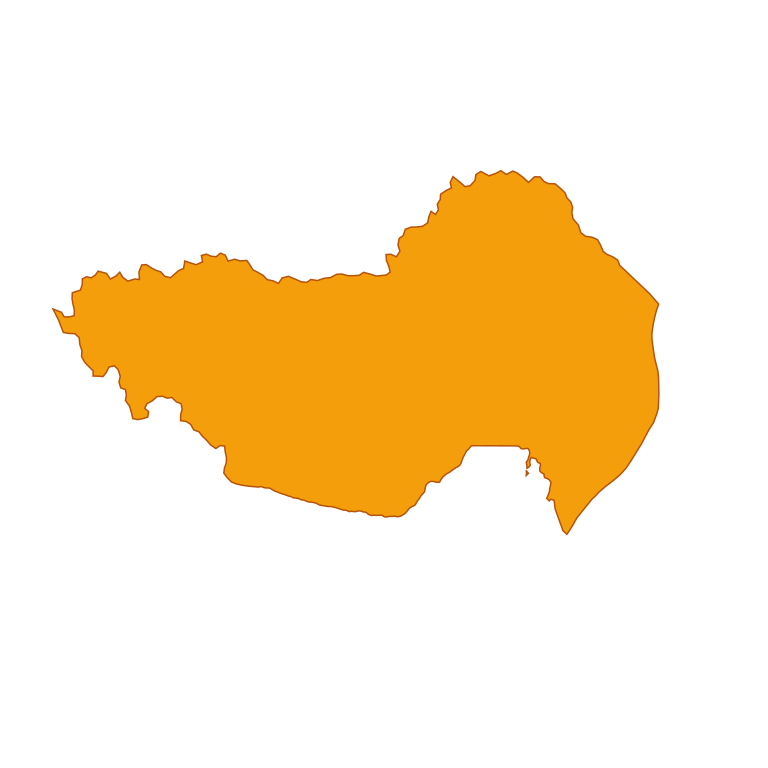 Silves, Amazonas, Brazil, rotated 340°
{"feature_id": "56859067B7747492242143", "entity_name": "Silves", "entity_type": "district", "adm_level": 2, "iso_a3": "BRA", "parent_name": "Brazil", "parent_adm1": "Amazonas", "projection": "natural_earth1", "projection_center": [-58.603, -2.851], "detail": "fine", "context": "isolated", "style": "filled", "palette": "amber", "viewbox_px": 768, "rotation_deg": 340, "n_neighbors": 0, "source": "geoboundaries", "source_scale": "gbopen_adm2", "svg_char_len": 4887}
<svg xmlns="http://www.w3.org/2000/svg" viewBox="0 0 768 768"><g transform="rotate(340 384 384)"><path d="M624.2,512.3L629.5,506.0L633.3,500.9L638.6,488.1L641.9,478.6L644.2,471.8L645.7,465.9L646.3,460.4L647.0,453.8L647.9,448.3L650.9,434.3L652.7,428.9L655.0,424.3L658.1,418.8L660.9,414.3L665.2,408.0L669.4,402.9L664.4,389.8L646.0,353.0L646.0,347.5L642.4,342.7L637.8,338.4L635.3,334.3L635.0,327.4L634.0,321.4L629.8,317.3L623.9,314.1L620.7,309.2L621.0,301.1L618.1,293.3L619.1,287.2L621.6,282.6L621.8,276.7L619.6,271.9L619.5,266.3L618.2,263.5L616.7,260.5L613.2,254.4L607.0,251.9L603.6,248.4L601.5,242.8L596.4,240.8L588.7,244.0L585.5,237.6L581.4,231.3L577.8,227.9L570.7,229.0L566.8,223.5L561.4,224.3L553.8,224.3L547.7,217.4L542.0,218.6L539.1,223.9L532.7,227.2L527.6,226.2L524.5,220.5L519.7,212.7L515.1,217.3L514.5,222.8L508.9,223.4L502.1,225.0L500.0,229.8L495.6,233.3L494.7,239.0L490.4,242.3L487.2,237.9L483.2,242.4L480.1,247.5L474.2,249.0L468.0,247.5L462.9,245.8L457.0,245.9L452.7,251.2L448.1,252.3L444.7,258.1L444.4,264.6L439.1,268.7L434.8,264.4L430.2,263.1L428.5,268.9L428.8,274.8L428.1,280.9L423.3,282.4L418.7,281.2L413.8,280.0L408.2,275.7L403.0,272.1L397.9,273.4L392.8,271.9L387.2,269.9L381.9,266.2L377.0,264.7L370.2,265.7L363.8,264.2L356.8,264.0L351.0,260.8L346.3,262.1L341.0,259.5L336.1,254.8L331.0,250.1L324.7,249.5L319.1,253.4L315.3,249.3L309.8,245.9L307.6,240.6L303.5,235.8L299.9,231.9L298.7,226.2L297.4,221.0L290.9,219.1L286.3,215.7L279.5,215.2L278.9,208.6L275.1,205.1L269.9,207.0L265.3,204.8L261.4,201.2L256.3,200.8L255.8,204.5L255.3,207.1L248.3,207.7L243.2,203.8L238.9,200.3L235.2,206.9L229.8,207.2L219.7,211.1L214.8,207.8L212.5,202.2L208.7,199.3L205.2,195.5L201.5,190.5L197.1,189.3L192.1,194.8L189.9,202.2L185.7,200.1L178.4,199.7L174.9,194.1L173.9,188.6L169.2,190.8L162.8,191.8L161.0,185.1L154.0,180.2L150.0,182.9L145.2,184.1L141.2,181.5L136.5,182.0L134.5,187.3L130.9,191.9L124.0,191.7L122.3,191.7L120.0,197.3L119.1,202.4L118.3,208.8L116.2,213.8L111.6,213.4L106.4,211.6L105.4,206.3L98.6,200.3L100.1,212.6L100.2,220.2L100.3,225.9L104.8,228.5L110.7,231.0L113.4,236.2L111.7,242.9L111.6,249.3L109.2,254.9L110.1,260.8L112.7,267.0L115.2,272.2L113.3,277.0L118.1,278.9L122.5,280.9L126.9,278.2L131.3,274.0L136.9,274.7L139.1,279.5L138.8,286.6L135.6,291.6L135.3,297.7L139.1,300.8L138.1,306.1L135.4,311.1L137.3,317.8L136.9,324.5L136.1,330.6L140.4,333.2L145.7,334.1L150.7,334.3L153.4,329.4L150.8,325.0L154.4,321.5L160.6,320.5L166.4,318.2L171.5,319.7L175.4,323.1L180.1,324.2L182.7,329.6L186.6,333.2L185.7,338.7L182.5,343.2L180.3,348.9L185.1,351.4L188.5,355.7L189.5,362.0L193.8,365.7L195.4,370.8L197.9,375.7L200.2,381.9L203.9,387.1L208.8,385.8L213.0,387.8L211.6,393.4L210.8,399.4L208.6,404.5L205.3,408.4L203.0,413.0L204.6,418.3L207.2,424.0L211.0,427.3L215.2,430.1L217.2,431.2L219.2,432.3L221.2,433.4L223.4,434.5L226.9,436.1L230.2,437.7L233.7,438.5L236.1,440.6L238.5,441.7L240.6,442.5L241.9,443.8L243.2,445.4L244.6,447.1L246.3,448.6L248.5,450.5L251.2,452.8L252.9,454.0L254.8,455.6L256.4,457.0L258.4,458.2L260.1,460.2L262.4,461.1L264.5,462.4L266.7,464.6L268.4,465.3L270.7,467.3L272.6,468.9L275.1,470.1L278.0,471.7L280.0,473.4L281.8,475.5L284.1,476.9L286.7,478.4L289.3,479.9L292.0,480.9L294.7,482.5L296.4,483.7L298.6,485.4L300.1,486.6L302.5,488.5L304.7,489.4L306.1,490.5L307.6,492.0L309.6,492.4L311.3,493.2L313.8,494.3L316.4,494.4L318.8,495.5L320.8,497.2L323.0,498.2L324.6,500.9L327.2,503.3L329.8,503.8L331.6,504.8L333.7,505.4L335.6,506.1L337.3,506.7L339.0,509.0L341.1,509.9L343.2,510.1L346.1,511.1L348.8,511.8L351.7,513.6L355.2,513.8L357.3,513.3L359.0,513.1L361.2,512.0L364.2,510.1L366.0,509.2L368.4,508.8L370.6,508.6L372.3,508.1L373.8,506.6L375.9,505.0L378.1,503.6L380.2,501.9L383.0,500.4L385.1,499.2L386.2,497.5L387.4,495.5L389.1,493.1L392.0,491.8L394.6,491.5L397.1,492.4L399.1,493.9L400.8,494.8L402.7,495.2L404.6,493.5L407.4,491.6L409.6,490.7L412.1,489.8L415.0,489.4L418.3,488.5L421.0,487.7L422.8,487.2L424.7,487.0L427.2,486.4L429.3,484.7L431.7,481.7L434.1,479.2L436.7,476.9L438.8,475.1L440.8,474.3L443.0,473.1L445.1,471.9L463.0,478.5L488.2,487.8L489.7,489.0L490.7,491.6L493.0,492.8L495.7,493.2L497.4,494.0L497.8,496.5L497.1,499.4L495.3,501.7L493.2,504.6L490.9,506.2L490.5,509.0L489.5,512.0L491.5,511.7L493.7,510.4L494.2,507.1L495.8,504.7L497.1,503.4L498.9,504.7L501.3,506.3L501.6,510.2L503.6,512.1L503.1,514.4L501.6,516.0L500.7,519.1L501.6,521.1L503.4,523.2L502.9,526.9L505.0,528.7L506.7,530.8L507.2,533.7L505.9,536.0L504.1,538.7L502.3,542.2L499.6,545.3L497.8,547.0L499.3,550.4L501.1,549.3L504.1,551.4L503.4,554.4L502.8,556.9L502.1,560.1L502.0,582.9L504.4,587.8L508.6,584.8L513.5,580.9L519.3,575.9L539.7,563.5L544.6,561.4L549.0,559.1L557.5,555.9L565.7,553.4L573.6,550.5L578.2,548.3L583.2,545.5L590.0,540.5L593.9,537.4L606.0,527.9L610.3,523.9L617.2,517.7L624.2,512.3ZM487.9,513.8L487.6,516.1L486.4,518.6L489.2,517.3L487.9,513.8Z" fill="#f59e0b" stroke="#b45309" stroke-width="1.5"/></g></svg>